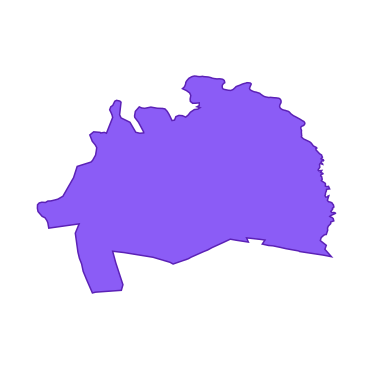 outline of Fresnillo de Trujano, Oaxaca, Mexico, rotated 101°
{"feature_id": "50627088B98936823972638", "entity_name": "Fresnillo de Trujano", "entity_type": "district", "adm_level": 2, "iso_a3": "MEX", "parent_name": "Mexico", "parent_adm1": "Oaxaca", "projection": "natural_earth1", "projection_center": [-98.145, 17.929], "detail": "fine", "context": "isolated", "style": "filled", "palette": "violet", "viewbox_px": 384, "rotation_deg": 101, "n_neighbors": 0, "source": "geoboundaries", "source_scale": "gbopen_adm2", "svg_char_len": 4273}
<svg xmlns="http://www.w3.org/2000/svg" viewBox="0 0 384 384"><g transform="rotate(101 192 192)"><path d="M181.2,51.1L180.8,50.8L180.2,50.0L179.5,49.9L178.8,50.3L177.8,50.6L177.5,51.0L177.3,51.1L176.9,51.7L176.4,52.1L176.1,52.3L175.7,53.4L175.8,53.6L175.6,53.8L175.5,54.7L175.5,56.1L174.9,56.9L174.4,57.5L169.6,57.0L170.1,57.8L171.1,58.2L171.4,59.9L170.1,60.8L169.2,60.5L168.2,60.7L167.1,60.7L165.2,60.3L163.7,60.5L162.7,57.5L160.4,59.1L161.0,60.6L160.8,62.2L158.4,62.6L157.9,63.1L156.2,67.2L154.7,66.6L152.2,67.6L151.6,68.8L150.6,68.8L149.1,66.9L148.6,67.4L148.3,69.5L146.1,68.7L147.0,71.8L146.4,72.4L145.2,72.1L143.4,71.2L140.5,72.1L139.5,71.6L139.9,69.0L139.3,69.3L138.4,71.0L136.9,70.8L136.4,69.0L135.8,68.8L135.2,69.4L134.8,71.6L132.9,70.6L131.9,71.4L131.0,71.8L130.0,74.2L127.1,78.2L125.7,78.7L125.0,77.9L124.5,78.6L124.0,80.4L123.6,81.7L121.3,84.2L120.3,86.0L119.7,88.3L118.6,92.7L117.0,95.2L115.9,95.0L114.8,95.4L113.9,95.6L113.1,95.9L112.0,96.1L111.3,96.2L110.5,96.3L109.1,97.2L108.2,97.5L107.1,97.3L106.3,96.5L105.7,95.5L104.8,94.7L104.1,94.4L103.1,94.3L102.8,94.4L102.1,94.9L101.5,95.6L101.3,95.9L101.1,96.9L100.4,98.6L99.8,100.2L98.5,104.3L97.7,107.1L96.3,110.0L95.0,111.6L94.4,113.1L94.3,114.8L94.1,115.8L94.1,116.9L94.0,118.3L93.7,119.6L93.3,120.5L92.8,121.3L92.3,121.8L91.5,122.3L90.1,122.4L89.2,122.3L88.2,121.9L87.2,121.7L86.4,121.8L85.5,122.0L84.7,122.5L84.1,123.0L83.6,124.0L83.4,124.6L83.5,127.1L83.8,129.4L84.1,133.0L84.6,134.7L84.6,138.1L84.4,139.5L84.0,140.7L83.4,142.0L82.9,143.2L82.2,144.3L81.7,148.4L81.8,149.5L81.6,151.0L81.3,152.3L80.9,153.6L80.4,154.6L79.4,155.3L78.3,155.2L77.1,155.0L75.9,154.7L75.0,154.5L74.5,154.6L74.1,155.2L73.9,155.6L74.0,157.3L74.1,157.9L74.2,158.9L74.9,160.0L75.4,161.2L76.0,162.4L76.8,163.7L77.4,164.5L78.2,165.7L79.3,167.6L80.2,168.9L80.9,169.3L82.0,170.1L83.4,171.1L84.2,172.2L84.9,173.3L85.2,175.9L85.1,180.6L84.8,181.3L84.1,182.0L83.0,182.4L81.9,182.6L80.7,182.4L80.0,182.0L79.2,181.5L78.5,180.7L77.4,181.1L76.4,181.6L75.9,182.5L75.5,183.4L75.5,184.3L75.5,185.2L75.5,185.4L75.6,185.7L75.6,186.4L75.8,187.4L76.1,188.4L76.3,189.6L76.3,190.7L76.4,191.7L76.4,192.8L76.4,193.8L76.1,195.4L76.0,198.0L76.5,202.5L76.4,203.6L77.1,205.7L77.4,207.1L77.5,208.7L77.5,210.0L77.7,211.8L78.4,213.4L79.2,214.7L79.8,215.3L80.8,216.6L81.9,217.3L83.1,218.0L84.3,218.6L85.7,219.0L87.3,218.9L89.0,219.2L90.4,219.6L92.4,221.1L93.5,216.8L95.2,213.2L97.5,211.6L101.1,211.6L103.4,210.9L104.8,208.3L104.1,205.1L103.1,201.9L105.8,201.4L107.4,203.4L107.7,200.2L109.6,202.2L110.6,205.4L114.0,208.8L117.3,210.5L119.7,212.5L118.9,216.1L119.3,219.5L121.1,222.2L124.8,222.9L125.7,225.3L122.6,227.5L119.9,229.6L117.5,231.8L115.6,234.4L115.6,236.9L116.4,242.1L116.5,248.6L118.9,254.4L119.1,257.4L118.5,260.0L123.6,263.0L128.3,262.9L129.7,262.4L133.8,257.8L142.3,250.9L143.2,250.7L144.3,254.4L144.1,258.6L135.4,266.2L132.8,275.8L130.0,277.8L117.4,278.8L116.5,280.2L116.4,283.5L117.6,285.1L122.1,286.3L123.9,288.0L127.0,288.5L129.8,286.4L131.8,285.1L134.0,284.1L150.6,287.2L150.2,289.5L151.5,292.9L151.0,293.6L151.7,300.0L155.5,303.2L161.2,299.6L164.2,296.0L166.6,294.0L170.0,293.8L174.2,293.7L177.5,294.8L179.9,295.6L181.9,296.9L188.8,309.6L200.6,311.0L203.7,312.1L207.9,313.5L209.0,313.9L220.8,317.9L224.6,322.3L226.0,325.1L227.7,328.9L228.4,331.8L230.2,333.8L230.7,337.5L231.9,339.9L234.0,341.2L237.4,340.7L240.6,339.4L244.5,334.5L245.3,331.4L247.6,329.1L249.6,327.7L254.8,325.7L245.3,298.1L244.8,296.7L254.7,298.7L272.8,292.5L278.5,289.9L283.7,286.6L290.6,283.7L297.9,278.9L310.1,270.5L308.7,267.5L302.0,242.6L296.2,242.1L285.8,247.9L276.1,253.3L265.3,258.6L264.4,247.0L264.4,246.9L263.5,217.8L265.2,200.2L266.3,196.8L258.3,183.0L256.1,180.4L248.2,169.1L245.9,165.5L242.8,161.8L235.6,151.7L231.0,145.4L230.9,139.1L230.4,127.1L226.6,129.7L226.5,128.5L225.5,116.2L225.2,111.2L229.7,113.1L229.9,106.7L229.4,102.3L229.5,94.8L229.7,89.0L229.5,76.0L229.9,75.0L228.9,51.2L228.9,42.8L222.9,50.6L218.7,50.0L215.2,56.8L212.1,56.5L209.2,54.3L208.4,53.2L208.1,52.1L203.6,51.5L201.5,52.1L199.5,51.7L196.6,49.8L195.0,50.1L193.3,47.3L191.2,48.3L190.3,49.7L190.0,51.4L189.7,52.1L188.6,51.2L185.9,47.5L185.6,47.1L185.3,47.2L185.0,48.5L185.5,50.9L184.5,52.0L183.8,51.7L182.8,51.0L182.1,50.7L181.2,51.1Z" fill="#8b5cf6" stroke="#5b21b6" stroke-width="1.5"/></g></svg>